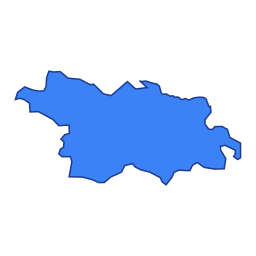 outline of Toktogul, Jalal-Abad, Kyrgyzstan
{"feature_id": "92254566B9187696742897", "entity_name": "Toktogul", "entity_type": "district", "adm_level": 2, "iso_a3": "KGZ", "parent_name": "Kyrgyzstan", "parent_adm1": "Jalal-Abad", "projection": "albers", "projection_center": [73.19, 41.788], "detail": "fine", "context": "isolated", "style": "filled", "palette": "blue", "viewbox_px": 256, "rotation_deg": 0, "n_neighbors": 0, "source": "geoboundaries", "source_scale": "gbopen_adm2", "svg_char_len": 1714}
<svg xmlns="http://www.w3.org/2000/svg" viewBox="0 0 256 256"><path d="M139.5,80.6L141.7,82.6L147.1,87.6L135.7,89.0L127.4,81.6L111.2,95.6L103.4,93.8L93.6,84.2L90.3,84.7L79.9,79.3L68.0,78.1L60.2,71.6L53.4,72.0L48.9,71.2L46.6,77.9L46.0,86.8L43.8,90.8L39.6,91.2L32.6,90.0L24.7,86.9L17.6,92.4L15.4,99.5L19.6,98.3L24.5,99.7L29.5,103.3L30.1,111.9L38.5,111.7L52.9,119.5L58.8,125.7L69.0,125.1L69.4,133.4L64.7,134.7L60.9,139.2L64.0,141.9L63.5,147.2L60.4,149.2L58.8,153.9L62.1,156.7L70.5,156.7L71.9,161.8L69.1,176.8L82.4,177.1L92.8,179.8L98.6,182.6L104.3,182.5L111.0,176.8L117.9,173.8L118.7,173.4L118.9,173.3L121.5,172.1L124.7,165.6L132.5,163.6L135.0,166.8L140.7,169.8L149.9,172.2L160.2,177.6L162.4,182.1L166.1,184.8L171.8,177.5L174.1,172.3L178.7,170.2L189.8,170.7L192.5,165.2L197.3,162.5L204.1,167.4L214.8,169.1L224.2,168.8L225.8,158.7L220.6,150.0L220.5,146.3L225.1,145.3L235.4,150.3L235.2,154.1L233.6,156.5L237.7,159.5L240.6,157.7L240.5,143.1L229.8,137.4L227.4,129.4L221.9,126.5L214.9,126.6L212.4,129.5L208.7,129.1L204.9,124.0L205.1,119.6L211.0,112.2L210.4,106.2L208.9,106.6L208.4,105.9L208.1,104.0L207.4,102.6L206.8,101.4L206.6,99.8L205.5,98.5L204.8,97.9L203.7,97.5L201.9,97.3L199.0,97.2L197.2,97.4L195.2,97.7L193.5,98.0L191.5,98.9L188.9,99.9L187.2,99.5L185.6,98.5L184.6,98.7L182.8,99.6L181.6,99.4L180.4,98.9L178.9,97.5L177.9,97.1L176.8,97.0L175.6,97.3L174.4,96.9L173.3,95.9L172.1,95.9L170.9,96.1L169.6,95.8L168.4,95.1L166.5,94.1L166.2,94.0L165.4,93.9L164.5,94.3L163.2,94.2L162.4,93.9L161.7,93.3L161.2,92.6L161.0,92.3L160.8,91.0L160.1,88.9L159.4,86.3L158.6,85.5L157.9,84.8L156.7,84.0L153.8,83.4L151.5,82.9L146.5,81.2L144.8,81.1L142.0,81.5L140.5,81.3L139.5,80.6Z" fill="#3b82f6" stroke="#1e3a8a" stroke-width="1.5"/></svg>